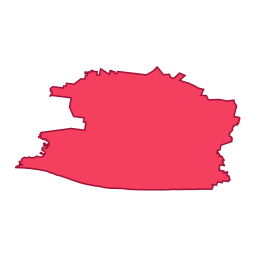 Aldama, Tamaulipas, Mexico, rotated 91°
{"feature_id": "50627088B37332042551424", "entity_name": "Aldama", "entity_type": "district", "adm_level": 2, "iso_a3": "MEX", "parent_name": "Mexico", "parent_adm1": "Tamaulipas", "projection": "equal_earth", "projection_center": [-97.97, 22.96], "detail": "fine", "context": "isolated", "style": "filled", "palette": "rose", "viewbox_px": 256, "rotation_deg": 91, "n_neighbors": 0, "source": "geoboundaries", "source_scale": "gbopen_adm2", "svg_char_len": 5710}
<svg xmlns="http://www.w3.org/2000/svg" viewBox="0 0 256 256"><g transform="rotate(91 128 128)"><path d="M169.5,239.6L169.6,233.2L170.1,225.3L170.8,219.2L171.1,216.7L172.4,209.2L172.6,208.2L173.1,207.3L173.2,206.3L173.3,206.1L173.5,206.1L173.9,205.4L174.0,205.4L174.1,204.3L174.8,201.7L175.4,200.3L175.8,199.6L176.2,198.6L177.3,193.4L177.6,193.0L178.7,189.5L178.8,189.1L179.3,187.3L180.3,184.8L180.4,184.4L181.4,181.5L181.9,179.7L183.2,175.8L183.9,173.2L184.8,169.2L185.5,165.1L186.0,162.6L186.0,162.0L186.6,159.2L186.5,158.8L187.0,154.9L187.3,152.8L187.7,151.6L187.8,151.1L188.2,147.0L188.5,145.5L188.5,137.6L188.5,136.5L188.6,136.0L188.6,133.8L188.7,130.7L189.2,126.5L189.3,124.3L189.5,115.3L189.4,111.9L189.5,109.5L189.3,102.5L189.3,102.0L189.3,101.6L189.0,101.3L189.0,101.2L189.3,101.0L189.3,100.9L189.3,99.9L189.3,97.7L189.0,87.0L188.7,83.5L188.6,79.9L188.7,76.5L188.6,75.3L188.6,74.5L188.5,72.9L188.4,71.2L188.2,61.3L187.7,48.3L187.7,43.0L185.8,42.4L184.7,41.9L183.8,42.4L183.4,42.4L183.2,42.6L183.6,38.5L180.3,37.6L181.1,32.8L179.1,32.4L179.8,26.9L178.9,26.0L178.4,26.0L178.2,25.6L178.2,25.3L178.1,25.1L177.7,25.2L177.4,25.5L176.9,25.5L175.8,26.1L174.8,26.0L174.5,26.2L174.2,26.3L173.9,28.3L170.7,27.7L170.2,27.9L170.3,28.5L170.5,28.6L170.4,29.3L170.9,29.4L170.7,30.7L171.4,30.8L171.2,31.8L169.4,31.4L168.8,36.1L167.8,35.7L167.8,36.3L163.3,35.5L163.8,31.0L161.9,31.9L161.4,32.6L161.1,32.8L160.9,33.1L160.4,33.2L160.3,32.8L159.9,33.1L159.5,33.1L159.3,32.4L159.2,32.0L159.1,31.6L158.7,31.4L158.0,31.8L157.7,32.1L157.6,31.9L157.1,32.5L156.7,32.8L156.4,32.8L156.1,32.8L155.8,33.0L155.1,33.2L154.7,34.1L154.7,34.5L154.4,34.9L154.5,35.3L154.3,35.1L154.1,35.3L153.9,35.8L153.3,36.0L153.1,36.3L152.6,36.2L152.4,36.7L151.4,37.2L152.0,37.3L152.0,38.6L148.8,38.3L148.8,37.5L148.7,37.1L148.2,35.6L143.6,34.8L139.7,24.0L139.2,24.3L138.7,24.4L138.3,24.2L137.9,23.7L137.6,23.6L136.2,23.9L136.2,24.0L136.2,24.4L136.1,24.5L135.9,24.6L135.4,24.4L135.2,24.6L134.8,25.1L134.5,26.1L134.2,26.5L133.4,26.4L132.8,26.5L132.3,26.4L131.9,26.4L131.6,26.3L131.5,26.1L131.2,26.3L129.9,24.9L129.0,24.1L128.6,23.6L127.7,23.4L127.7,23.5L127.1,23.5L126.7,23.8L126.4,23.8L125.6,23.2L125.1,23.3L124.9,23.2L124.7,23.0L124.4,22.0L123.9,21.8L123.3,21.7L123.0,21.2L122.9,20.8L122.8,20.3L123.2,19.6L123.2,19.4L123.0,18.6L122.8,18.4L122.6,18.3L122.1,18.5L121.5,18.9L121.2,18.9L120.9,18.5L121.1,17.5L117.7,16.8L116.6,16.4L116.0,16.5L115.4,17.3L114.8,22.0L113.5,22.1L109.7,21.1L107.3,20.8L106.1,20.2L104.0,19.8L100.8,22.1L98.3,22.6L99.3,29.3L97.9,37.3L98.5,48.1L94.3,50.2L94.0,55.5L88.1,53.1L86.9,58.4L84.7,62.3L82.1,68.3L80.8,72.9L79.4,77.2L74.5,71.8L72.2,77.5L77.7,83.0L76.7,86.2L73.6,87.6L74.1,93.6L68.4,98.2L66.5,100.0L69.6,102.8L71.0,104.4L73.9,109.3L74.6,110.6L71.7,139.3L73.8,140.0L73.7,142.2L72.2,142.0L71.8,145.1L71.1,145.0L70.9,146.9L74.6,147.6L69.6,155.9L69.5,156.5L75.7,157.4L75.4,160.2L72.3,159.7L71.8,164.6L71.1,164.5L71.0,165.8L72.8,166.1L72.6,168.5L73.2,168.5L72.8,171.7L74.0,172.0L74.4,169.3L76.2,169.9L76.0,171.4L80.0,172.0L79.6,175.8L85.1,182.6L84.4,190.3L87.3,190.8L87.1,193.1L89.1,193.4L88.0,203.8L89.9,206.3L90.9,206.1L91.0,206.1L91.3,206.1L91.6,205.8L91.7,206.2L91.9,206.4L92.0,206.3L92.2,206.1L91.9,205.9L91.9,205.7L92.0,205.5L92.3,205.6L92.8,205.2L93.0,205.1L93.3,205.3L93.6,204.9L94.0,205.0L94.1,204.8L94.5,204.6L94.6,204.3L94.8,204.1L95.7,204.5L95.9,204.3L96.1,204.3L96.3,204.7L96.3,204.8L96.1,204.8L96.2,205.2L96.4,205.3L96.3,205.5L96.3,205.8L96.5,205.7L96.8,205.9L97.1,206.3L97.3,206.5L97.5,206.4L96.8,205.3L96.8,204.2L98.8,185.3L108.1,186.8L117.4,182.6L118.6,171.9L122.8,172.7L123.1,170.1L131.0,171.3L129.6,183.9L129.4,184.3L133.2,209.0L134.0,214.5L134.3,214.1L134.7,214.1L134.9,214.3L135.1,214.9L135.2,215.1L135.9,215.4L136.1,216.1L136.3,216.3L136.5,216.2L136.5,215.8L136.6,215.5L137.3,214.8L137.5,214.6L137.8,214.6L138.1,214.8L138.7,215.7L138.7,216.1L138.6,216.3L138.3,216.6L138.1,217.1L138.3,217.3L138.6,217.2L139.0,216.8L139.2,215.9L139.6,215.0L140.5,213.4L141.1,211.9L141.1,211.6L141.1,211.4L140.9,211.4L140.6,211.6L140.3,211.5L140.4,209.7L140.6,209.5L141.1,209.2L141.9,209.6L142.3,209.5L142.4,208.7L142.6,208.1L142.9,207.7L143.4,207.1L144.0,206.9L144.4,206.9L145.1,207.4L145.6,207.9L145.9,208.5L146.0,209.1L145.8,209.8L144.8,210.8L144.6,211.4L144.7,211.7L145.0,212.0L145.3,212.1L145.5,211.9L146.2,211.0L146.5,210.3L146.6,209.7L146.6,209.2L146.2,207.1L146.2,206.8L146.4,206.5L146.7,206.5L147.0,206.8L147.3,207.9L147.3,208.7L147.2,209.9L146.9,211.1L146.8,211.6L146.9,211.8L147.1,211.9L147.3,211.7L148.1,209.5L148.5,208.8L149.0,208.5L149.3,208.6L149.5,208.7L149.7,209.1L149.9,209.9L149.8,210.6L149.7,211.2L149.0,212.4L148.9,212.8L148.9,213.0L149.0,213.2L149.2,213.4L150.0,213.3L151.0,213.6L151.5,213.6L151.9,213.3L152.2,212.8L152.5,211.7L152.8,211.2L153.3,210.7L154.4,210.2L154.9,210.2L155.2,210.6L155.4,211.4L155.3,212.1L155.1,212.8L154.8,213.3L154.0,214.4L154.0,214.7L154.1,215.0L154.3,215.2L154.6,215.3L154.9,215.1L155.3,214.5L155.4,213.6L155.6,212.7L155.9,212.1L156.4,211.5L156.8,211.3L157.0,211.4L157.5,212.6L158.2,213.7L158.5,214.5L158.6,215.2L158.6,215.9L158.5,216.4L157.9,217.6L157.8,218.2L157.9,218.7L158.6,220.6L159.4,221.6L159.5,222.2L159.3,224.5L159.1,225.4L158.8,226.3L158.8,226.6L158.8,226.9L159.5,227.7L159.7,228.4L159.6,228.7L159.4,229.8L159.2,230.9L159.3,231.4L159.8,232.1L160.5,233.3L161.1,233.6L162.2,233.6L162.7,233.7L163.1,234.4L163.3,235.1L163.4,236.1L163.6,236.2L163.8,235.9L164.1,235.7L164.7,235.6L165.0,235.3L165.4,235.7L166.1,235.9L166.1,235.4L165.9,234.8L165.9,234.5L166.1,234.4L166.4,233.8L166.5,233.3L166.7,232.7L166.8,232.7L166.9,232.8L167.0,233.5L166.9,234.1L167.0,234.5L168.0,237.7L168.3,238.8L169.3,239.6L169.5,239.6Z" fill="#f43f5e" stroke="#9f1239" stroke-width="1.5"/></g></svg>